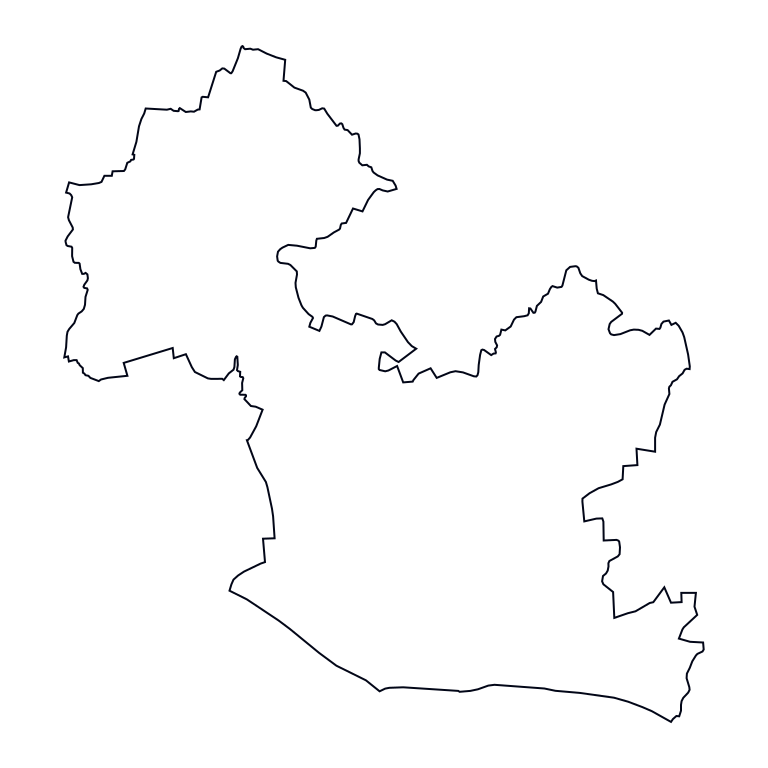 Cho Gao, Tiền Giang, Vietnam
{"feature_id": "81297802B70172971551103", "entity_name": "Cho Gao", "entity_type": "district", "adm_level": 2, "iso_a3": "VNM", "parent_name": "Vietnam", "parent_adm1": "Tiền Giang", "projection": "robinson", "projection_center": [106.446, 10.395], "detail": "fine", "context": "isolated", "style": "outline", "palette": "ink", "viewbox_px": 768, "rotation_deg": 0, "n_neighbors": 0, "source": "geoboundaries", "source_scale": "gbopen_adm2", "svg_char_len": 6036}
<svg xmlns="http://www.w3.org/2000/svg" viewBox="0 0 768 768"><path d="M459.6,691.8L470.3,690.9L477.9,689.3L488.3,685.6L494.5,684.8L544.4,688.5L555.4,690.8L579.7,692.9L614.0,697.7L628.1,701.7L642.4,707.1L651.9,711.2L671.0,721.9L672.9,719.1L676.4,716.0L679.2,716.3L681.0,710.7L681.0,704.9L681.6,701.1L683.3,697.8L688.2,692.6L689.6,689.8L689.3,687.1L686.6,678.2L686.9,673.6L689.8,667.8L692.3,661.3L695.9,655.5L697.4,653.9L702.5,651.5L703.7,649.5L703.1,642.5L690.1,641.8L678.9,638.6L682.4,629.5L683.8,627.3L697.2,614.9L694.5,606.7L695.9,592.9L681.3,592.9L681.6,602.1L671.0,602.7L664.3,587.3L653.3,602.2L649.7,603.0L635.5,611.3L627.9,613.2L614.3,617.9L613.1,592.0L603.4,584.3L602.1,581.3L603.0,576.0L606.0,573.5L607.7,570.6L608.5,566.5L608.4,563.2L609.4,561.0L617.8,556.4L619.6,554.2L620.0,547.3L619.2,541.7L618.5,540.7L616.6,539.9L603.7,540.5L603.4,521.6L602.3,518.4L596.4,518.6L584.3,521.4L582.4,501.6L582.5,498.6L589.6,493.2L598.6,488.2L611.2,484.4L617.8,481.9L622.6,479.3L623.3,466.1L637.4,465.1L636.5,448.7L655.1,451.7L655.1,437.7L656.2,432.0L659.9,424.6L664.6,404.6L669.4,394.0L668.9,388.4L669.4,386.7L670.9,385.3L672.5,381.8L677.0,379.3L679.1,376.2L682.6,373.4L684.6,369.8L686.6,368.7L689.6,369.1L689.8,366.4L688.1,354.5L684.2,337.1L682.5,332.4L678.7,325.8L675.7,322.8L671.4,324.9L668.9,320.5L663.5,321.6L661.4,324.0L660.4,327.6L659.5,328.9L656.0,328.6L649.5,334.9L642.3,330.8L638.5,329.8L633.8,329.6L630.1,330.3L620.4,334.1L614.0,335.1L611.2,334.4L610.0,333.2L608.5,329.2L609.7,324.0L611.2,321.9L622.0,313.8L622.1,312.7L615.2,303.8L612.9,301.6L603.3,295.1L597.9,293.3L596.7,288.6L596.0,280.5L594.5,281.1L592.0,280.8L588.8,279.7L582.2,276.1L580.3,273.3L578.4,267.8L576.7,266.4L575.4,266.2L570.1,266.9L566.3,270.3L562.4,285.6L561.5,286.9L557.2,287.6L552.5,286.1L551.3,287.0L549.9,289.1L548.0,293.7L543.2,296.5L541.1,301.9L536.9,305.9L535.4,311.7L534.7,312.7L533.4,312.8L530.4,308.5L529.1,308.3L528.8,313.3L527.6,315.3L524.2,316.2L516.4,317.2L514.0,319.6L510.7,326.5L505.3,330.4L501.4,329.6L500.1,334.8L499.0,335.8L496.6,336.5L495.0,339.0L495.3,341.9L497.1,345.4L496.7,347.3L495.0,349.0L495.9,352.4L495.6,353.4L493.5,353.6L491.2,355.1L484.1,350.0L482.4,349.6L481.3,350.2L480.1,354.9L478.7,365.0L478.3,372.2L477.5,375.2L476.3,376.5L473.9,376.3L463.0,372.4L455.5,371.2L450.3,372.3L436.7,377.9L430.6,368.3L418.6,373.6L413.4,380.1L412.7,381.6L403.2,382.4L397.1,366.0L388.4,370.5L385.2,371.3L379.6,370.0L378.8,369.1L378.8,367.8L379.7,358.9L381.4,352.4L384.9,352.4L395.6,360.5L398.6,362.0L416.2,348.7L411.8,346.1L408.0,342.2L400.8,331.6L396.7,324.1L394.5,321.7L391.7,320.3L385.1,324.2L382.7,324.9L378.0,324.5L376.0,323.4L374.2,320.4L372.4,319.0L356.7,313.6L356.0,313.9L355.1,316.2L353.7,322.1L352.0,324.3L351.0,324.4L332.7,316.5L327.1,315.4L325.6,315.6L323.9,317.1L321.4,326.6L319.4,330.9L309.3,326.7L310.4,322.8L313.0,318.0L312.4,316.8L308.6,314.1L302.9,307.8L301.5,305.4L298.5,297.8L295.8,287.3L295.5,282.9L297.0,274.5L296.8,271.4L290.4,265.0L288.0,263.8L280.4,262.9L278.4,261.6L277.7,260.7L277.1,256.4L278.0,251.7L280.2,249.2L282.5,247.6L288.2,244.9L297.0,245.7L310.2,248.3L314.8,247.9L315.7,246.7L316.3,240.6L316.9,238.8L324.2,238.0L327.6,236.8L333.9,232.4L339.1,229.6L340.0,228.6L340.8,224.9L341.7,223.5L346.1,222.9L353.0,208.5L362.5,211.4L368.1,199.9L373.8,192.1L375.7,190.3L377.5,189.1L379.4,189.0L382.7,190.4L387.7,191.5L396.6,188.9L395.6,185.6L392.7,180.8L387.0,179.6L377.6,175.4L373.6,172.5L372.5,171.0L371.3,167.3L368.7,166.4L366.9,164.8L362.3,165.3L359.3,162.7L358.6,161.0L358.6,159.4L359.9,153.3L359.9,148.3L359.5,139.3L358.5,134.5L357.4,133.7L355.7,133.5L352.0,134.7L347.6,130.1L344.6,129.6L343.5,127.9L342.3,124.2L341.4,123.4L340.0,123.5L337.8,125.7L336.5,125.8L327.3,113.7L324.2,108.6L322.2,108.3L318.9,109.9L316.6,110.2L315.1,110.2L312.2,109.0L310.8,107.6L309.3,99.6L305.7,92.6L303.0,90.7L294.4,87.6L286.2,81.1L283.5,80.8L285.2,59.8L276.1,57.3L266.7,53.6L258.1,49.2L253.0,49.7L250.3,48.7L245.1,49.2L243.6,48.0L243.2,46.6L242.5,46.1L241.6,46.6L240.6,48.8L237.9,58.2L232.6,71.3L231.3,73.2L230.4,73.2L224.3,68.6L222.3,68.4L219.7,70.5L216.2,71.8L208.1,97.3L202.7,96.8L201.6,97.4L199.6,109.4L197.7,109.6L194.0,111.7L190.8,111.4L185.8,112.0L179.8,108.1L179.0,108.9L178.6,111.0L178.0,111.2L173.6,110.8L170.7,108.8L166.9,109.7L145.7,108.5L144.2,113.5L141.4,119.0L139.0,126.3L136.4,141.8L132.6,154.4L134.3,154.8L134.0,158.9L133.5,159.5L131.1,159.9L130.3,161.4L127.3,162.8L125.2,169.4L123.9,171.0L112.6,171.3L111.8,175.8L104.4,175.8L101.5,181.9L98.9,183.0L91.2,184.3L79.5,185.1L69.1,182.4L66.1,192.6L69.6,193.5L71.2,195.1L72.2,197.3L68.1,217.2L68.9,220.2L72.7,227.5L72.9,229.5L67.7,236.4L65.5,240.7L65.6,241.9L66.5,245.2L67.7,246.0L71.5,246.7L72.2,247.9L72.1,256.2L73.5,261.8L74.8,262.8L78.8,262.9L79.6,263.6L80.4,269.2L82.2,273.9L83.8,273.9L85.6,272.9L87.4,274.4L87.9,278.2L87.4,280.4L84.3,284.7L83.5,286.8L84.3,287.9L87.1,288.4L87.7,289.9L85.5,296.9L85.0,304.8L83.8,308.9L81.7,311.4L78.4,313.6L77.3,315.1L74.3,323.0L69.2,329.0L67.5,331.8L66.8,335.7L66.1,347.3L64.3,357.4L68.0,356.4L68.9,361.5L73.9,360.1L76.6,360.1L77.7,362.8L78.9,363.5L79.7,365.2L82.8,368.1L82.9,372.7L84.4,373.6L85.5,375.2L88.4,375.8L90.4,377.9L98.8,381.1L101.0,379.5L108.0,377.8L127.4,375.8L123.7,362.9L172.7,348.0L173.8,358.2L185.9,354.2L191.8,367.1L194.9,372.0L207.9,378.4L211.3,378.9L222.2,378.8L223.8,380.1L228.8,373.4L233.5,369.7L234.4,367.1L234.9,359.3L236.0,356.9L236.6,356.3L237.3,356.7L237.8,365.0L237.0,370.1L237.9,371.1L240.2,371.8L240.0,376.4L241.0,377.0L242.7,377.1L243.3,378.2L242.1,383.0L242.3,390.2L239.8,392.6L239.4,393.8L240.2,394.7L245.4,394.8L246.0,395.3L246.0,396.3L244.7,397.9L244.4,399.1L250.9,406.0L255.7,406.7L262.6,409.7L256.2,426.3L250.1,437.5L247.9,440.0L246.9,440.2L257.2,467.9L265.9,482.0L267.4,487.1L272.0,508.8L273.1,516.4L274.6,538.3L263.0,538.7L265.0,562.1L260.6,563.6L244.0,571.6L238.1,575.5L233.5,579.6L231.4,584.4L229.5,590.7L246.9,599.4L278.6,620.5L289.8,628.9L319.0,652.8L336.4,665.7L365.9,680.3L379.6,691.3L385.2,688.6L389.4,687.8L403.2,687.3L458.3,690.9L459.6,691.8Z" fill="none" stroke="#020617" stroke-width="2"/></svg>